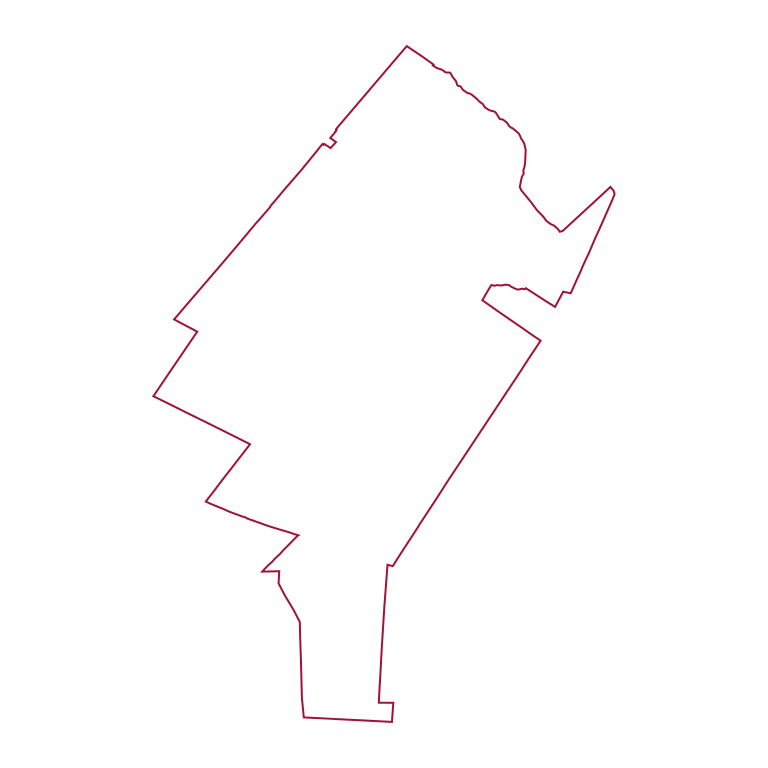 Gheraseni, Buzau, Romania (Natural Earth projection)
{"feature_id": "2599482B74363145879351", "entity_name": "Gheraseni", "entity_type": "district", "adm_level": 2, "iso_a3": "ROU", "parent_name": "Romania", "parent_adm1": "Buzau", "projection": "natural_earth1", "projection_center": [26.807, 44.997], "detail": "fine", "context": "isolated", "style": "outline", "palette": "rose", "viewbox_px": 768, "rotation_deg": 0, "n_neighbors": 0, "source": "geoboundaries", "source_scale": "gbopen_adm2", "svg_char_len": 4383}
<svg xmlns="http://www.w3.org/2000/svg" viewBox="0 0 768 768"><path d="M392.0,721.9L392.3,716.7L393.3,702.8L378.8,702.7L379.7,685.6L379.9,683.1L381.5,653.0L381.8,647.5L384.3,607.5L385.7,588.8L387.5,564.8L392.6,566.1L392.7,565.9L393.1,565.7L393.3,565.2L393.6,564.8L398.8,556.6L403.2,549.8L404.3,548.0L404.9,547.2L405.6,546.1L408.3,541.9L409.0,540.9L409.2,540.6L409.7,539.7L410.3,538.9L410.7,538.3L412.8,535.1L414.1,533.0L414.7,532.2L414.9,531.9L415.1,531.5L416.0,530.2L416.7,529.0L417.3,528.2L417.8,527.3L418.5,526.2L418.7,525.8L419.0,525.5L419.1,525.3L419.2,525.0L419.6,524.2L420.3,523.2L421.5,521.5L421.9,520.8L422.2,520.4L433.0,503.9L433.8,502.8L434.3,502.0L434.8,501.2L435.6,500.0L442.8,488.8L443.5,487.7L444.5,486.1L444.8,485.6L448.3,480.2L449.8,477.9L451.5,475.4L510.5,386.4L519.8,372.4L528.3,359.2L540.6,340.7L535.3,337.1L529.9,333.4L529.6,333.2L526.5,331.0L516.3,323.9L499.3,312.2L482.3,300.2L484.2,297.1L485.1,295.4L489.2,288.5L490.1,287.1L490.9,285.6L491.7,285.0L492.3,285.2L493.0,285.5L493.6,285.6L494.6,285.6L495.9,285.5L496.3,285.3L496.7,285.2L497.2,285.1L500.9,285.5L502.4,285.3L503.1,285.1L503.8,285.0L505.4,284.7L507.6,284.9L508.9,285.1L509.4,285.3L509.9,285.8L510.5,286.2L510.7,286.4L512.0,287.1L512.4,287.3L512.6,287.4L514.4,288.3L516.3,289.1L518.2,289.6L521.2,288.9L522.8,288.7L524.1,289.2L525.0,289.1L525.8,288.2L533.4,293.1L538.8,296.6L548.0,302.5L555.1,306.9L557.9,301.6L563.2,291.7L570.7,293.3L574.0,285.9L577.3,278.5L580.1,272.5L583.3,265.0L586.0,259.1L587.3,256.4L589.2,252.4L594.9,238.9L597.9,232.4L603.2,220.6L606.9,212.1L611.0,202.9L612.4,199.7L612.9,198.4L613.4,197.2L613.7,196.5L614.2,195.4L614.5,194.5L614.6,194.3L613.6,190.7L610.4,186.9L609.5,187.8L591.1,204.8L587.4,208.2L563.6,230.1L563.3,230.6L559.9,231.8L557.5,228.6L553.8,225.5L550.5,224.0L546.3,220.8L543.3,216.7L537.0,210.2L531.4,202.6L521.2,190.2L519.8,187.0L521.2,179.9L521.8,177.0L523.7,173.5L523.3,170.5L524.5,166.7L525.2,161.5L525.7,150.0L524.2,143.4L522.4,140.3L521.0,138.4L520.4,136.6L518.7,133.4L515.7,130.8L513.0,128.6L511.9,127.9L511.4,127.8L510.2,127.0L508.9,125.7L507.6,123.5L506.9,122.6L504.3,120.6L503.0,119.6L501.7,119.3L500.3,119.2L499.7,118.9L495.9,112.8L494.7,111.7L493.1,111.2L492.4,111.1L491.5,110.8L490.1,110.5L487.9,109.4L487.5,109.0L484.8,107.3L483.1,104.5L482.8,104.1L478.8,101.1L477.3,99.3L472.6,95.3L471.2,94.3L470.7,94.1L469.7,93.5L468.4,93.1L467.6,93.1L463.8,90.5L463.3,90.1L462.6,89.5L461.9,88.4L461.6,87.8L460.7,86.6L459.9,86.2L458.5,86.0L457.9,85.7L457.1,84.9L456.5,82.5L455.8,80.9L455.2,80.1L454.0,78.7L452.1,76.3L451.2,74.2L450.7,73.3L450.1,72.7L449.3,72.6L446.8,72.5L445.9,72.4L444.9,72.0L443.6,70.8L443.0,70.4L441.0,69.4L438.6,68.6L437.6,68.4L436.2,67.7L435.5,67.1L434.4,66.4L434.1,66.3L433.9,66.0L433.3,65.8L432.8,65.4L433.5,64.6L433.3,64.4L433.0,64.2L427.5,60.3L421.9,56.3L413.1,50.4L406.8,46.1L404.8,48.4L404.1,49.2L371.9,87.0L365.7,94.3L339.7,124.8L337.1,127.9L336.0,129.4L336.6,130.0L335.5,131.4L335.7,131.5L332.8,135.0L331.6,136.4L330.3,138.0L336.0,142.1L333.1,145.3L330.5,148.1L328.3,146.5L326.0,145.2L325.4,144.7L324.5,144.0L324.2,143.9L323.4,144.9L322.4,144.1L321.2,145.5L320.0,147.0L317.9,149.7L309.6,159.9L306.5,163.7L306.0,164.3L304.5,166.1L302.1,169.1L289.4,183.8L285.3,188.5L282.8,191.4L282.4,192.0L280.6,194.0L280.0,194.9L277.6,197.7L270.6,205.9L270.3,206.9L259.9,218.9L255.4,223.9L253.0,226.8L249.1,231.4L245.8,235.5L243.2,238.5L240.1,242.2L236.7,246.3L221.4,264.3L204.8,283.6L192.0,298.5L174.1,319.4L197.2,331.7L168.6,373.7L155.5,393.1L155.1,393.7L153.5,396.1L153.4,396.2L155.2,397.1L173.4,406.1L180.9,409.8L187.0,412.9L197.6,418.1L212.6,425.5L219.6,429.0L250.0,444.2L249.9,444.4L238.9,458.6L232.8,466.5L227.0,473.9L221.3,481.3L212.7,492.7L206.0,501.2L205.8,501.6L206.0,501.7L206.5,501.9L211.8,504.3L217.2,506.5L222.2,508.5L229.3,511.7L235.9,514.1L242.5,516.6L243.6,516.8L245.3,517.3L247.0,518.4L249.1,519.2L252.7,520.4L257.0,522.0L261.4,523.5L264.3,524.6L268.3,526.0L278.5,529.2L280.2,529.7L285.0,531.1L288.6,532.1L289.7,532.5L293.7,533.9L296.5,534.7L298.3,535.3L297.5,535.8L288.2,545.3L282.3,551.2L281.6,552.2L279.3,554.6L274.6,558.9L272.5,561.4L267.8,565.7L264.4,569.2L262.3,571.6L276.0,571.3L279.2,571.2L278.6,583.1L278.6,583.5L284.7,595.2L292.6,608.3L294.5,611.7L299.8,622.0L300.2,637.8L300.7,653.7L300.8,654.6L300.9,659.2L301.9,697.9L303.8,717.4L381.9,721.4L389.7,721.8L392.0,721.9Z" fill="none" stroke="#9f1239" stroke-width="2"/></svg>